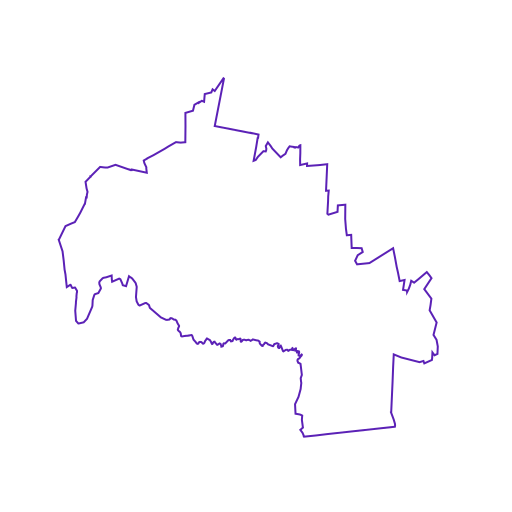 Īves pag., Talsi, Latvia (Natural Earth projection), rotated 101°
{"feature_id": "27541924B94003939070520", "entity_name": "Īves pag.", "entity_type": "district", "adm_level": 2, "iso_a3": "LVA", "parent_name": "Latvia", "parent_adm1": "Talsi", "projection": "natural_earth1", "projection_center": [22.538, 57.438], "detail": "fine", "context": "isolated", "style": "outline", "palette": "violet", "viewbox_px": 512, "rotation_deg": 101, "n_neighbors": 0, "source": "geoboundaries", "source_scale": "gbopen_adm2", "svg_char_len": 6082}
<svg xmlns="http://www.w3.org/2000/svg" viewBox="0 0 512 512"><g transform="rotate(101 256 256)"><path d="M327.3,350.1L334.4,337.7L335.8,332.2L335.7,331.2L334.9,328.9L334.4,328.5L333.7,328.4L333.3,328.0L333.2,327.0L333.4,326.1L334.0,324.7L334.1,324.2L333.9,323.2L334.1,322.7L334.6,321.8L337.1,320.1L339.2,318.2L339.9,318.1L341.1,318.5L343.3,318.7L343.6,318.5L344.2,317.8L344.9,316.6L344.9,316.4L345.7,315.6L346.3,315.1L346.9,315.0L348.0,314.5L348.6,314.4L349.0,314.0L349.1,313.5L349.0,313.0L348.2,311.0L348.1,310.4L347.9,310.2L347.6,309.1L347.6,308.8L347.3,308.0L347.3,307.7L347.0,307.2L347.0,306.8L346.8,306.7L346.3,305.3L346.2,305.0L346.0,304.5L345.9,304.3L346.0,304.1L346.0,303.9L346.6,303.3L350.0,301.4L351.5,299.4L351.7,299.1L352.9,297.8L353.4,296.9L353.1,296.6L353.1,296.0L353.0,295.9L351.5,295.4L351.3,295.2L351.0,294.6L351.1,294.4L350.9,293.3L351.2,292.7L352.0,291.7L352.2,291.2L351.7,290.5L351.0,290.1L349.0,289.7L347.9,289.1L347.0,288.8L346.3,288.4L347.0,286.4L347.3,285.3L348.7,283.9L350.1,283.0L350.7,282.4L350.8,282.3L350.7,282.1L350.3,281.8L349.2,281.6L348.4,281.1L348.2,280.9L348.0,280.3L348.7,279.7L350.6,277.2L350.5,276.8L348.8,275.1L349.0,274.1L350.6,273.1L351.6,272.7L351.0,271.5L350.5,271.2L348.6,271.3L348.2,271.2L347.9,271.0L347.8,270.7L347.8,269.7L347.7,269.5L344.1,267.2L343.6,266.5L343.4,265.3L344.6,264.4L344.6,264.2L344.3,264.0L344.1,263.0L343.9,262.8L343.5,262.8L340.9,261.9L340.0,261.1L340.0,260.8L340.2,260.6L341.6,259.8L341.9,259.3L341.2,258.5L341.0,257.2L340.2,256.0L340.1,255.7L340.3,255.4L341.1,255.1L342.8,254.7L343.0,254.5L343.0,254.2L342.5,253.7L340.9,252.9L340.4,251.7L340.4,251.2L340.6,249.8L340.6,249.4L340.2,248.9L339.6,247.2L339.8,246.8L340.0,245.7L340.3,245.1L339.2,243.8L338.5,243.2L338.7,239.5L338.6,237.8L339.3,236.2L339.5,236.0L340.1,236.0L340.9,235.7L341.3,235.4L341.5,235.1L341.9,234.7L342.1,234.3L342.7,233.6L343.1,232.8L343.0,232.3L342.9,232.3L342.4,232.3L342.1,232.2L341.1,231.3L339.9,230.9L339.3,230.5L339.2,230.2L339.4,229.6L339.4,228.9L339.9,228.0L340.4,227.4L341.3,222.3L341.3,222.1L341.1,221.9L340.4,221.6L339.3,221.4L339.0,221.2L338.8,221.0L338.4,220.0L337.8,219.2L337.6,218.5L338.0,217.0L338.1,216.9L338.8,216.9L339.6,217.1L339.9,217.3L340.3,217.4L341.6,216.8L341.9,216.1L342.0,215.9L341.9,215.6L341.0,215.3L339.5,214.8L339.3,214.6L339.9,214.1L344.0,211.5L344.3,211.2L344.4,210.9L343.1,209.5L342.4,208.7L342.1,207.6L342.1,207.2L342.9,206.4L342.9,206.0L342.0,205.3L341.6,204.8L341.4,204.4L341.3,202.8L339.8,202.9L339.5,202.6L340.0,202.2L340.8,201.8L341.3,201.6L341.3,201.4L339.3,199.6L339.1,199.4L339.1,199.1L340.1,199.0L341.4,199.2L341.4,197.2L342.3,197.2L342.6,197.5L342.9,197.4L342.9,197.1L342.4,196.8L341.4,196.3L341.4,195.7L341.6,195.5L342.5,195.2L344.9,195.4L345.5,195.2L345.6,194.6L345.3,193.2L344.0,192.5L344.1,192.2L344.3,192.1L345.3,192.4L346.7,193.3L347.3,193.4L348.7,194.4L349.3,195.2L350.0,195.4L351.1,195.3L351.6,194.8L352.2,194.6L352.8,194.1L352.9,193.0L353.1,192.7L353.1,192.4L353.4,191.7L364.0,188.3L367.4,188.8L370.4,187.9L372.0,187.3L378.1,186.8L386.2,187.4L394.0,189.4L403.3,187.1L403.2,183.4L403.3,182.0L403.8,180.2L408.1,179.7L415.5,177.2L418.2,179.3L420.8,176.5L423.5,174.7L423.7,174.8L424.2,174.4L420.7,162.8L417.2,152.0L397.1,87.1L396.0,87.1L394.4,87.5L393.0,88.2L390.3,89.6L383.6,93.7L383.4,93.5L353.7,97.9L338.2,100.3L326.3,102.0L327.9,94.0L329.0,75.2L327.1,71.6L329.3,70.3L324.5,63.5L322.6,63.6L317.0,64.4L319.4,61.8L317.5,59.2L310.1,60.3L303.8,62.8L299.6,66.7L286.8,66.0L276.2,75.2L270.8,75.3L264.4,75.7L256.4,84.5L244.3,79.5L242.0,81.9L239.2,85.3L247.7,92.1L252.0,95.7L250.7,98.9L254.7,99.1L256.7,99.4L259.1,99.8L262.6,100.8L261.1,101.2L261.2,105.2L251.2,105.6L253.2,110.2L245.1,113.5L239.9,115.8L230.4,119.5L222.2,122.9L241.3,143.3L244.9,155.2L241.8,157.8L235.8,156.3L231.7,152.0L228.2,153.8L228.9,158.5L229.9,163.6L217.1,166.6L218.3,170.8L212.1,172.9L202.7,175.5L188.6,178.1L190.7,185.3L197.1,184.4L201.6,192.8L200.9,194.0L188.5,195.7L183.7,196.5L177.9,197.1L178.6,199.7L152.3,203.6L154.7,211.3L157.9,223.1L155.4,223.5L158.3,230.0L152.5,231.2L146.7,232.1L138.8,233.6L139.0,234.0L139.7,234.6L141.4,235.2L141.5,237.7L142.2,238.3L142.1,239.3L141.7,239.5L141.9,242.6L141.9,243.9L143.9,244.9L146.3,245.8L150.1,246.6L152.3,248.8L154.4,250.6L147.4,260.5L145.2,262.6L142.2,266.0L146.2,267.4L148.7,266.3L150.2,266.2L151.5,266.4L151.7,268.7L158.2,273.0L161.8,274.6L163.0,276.5L149.4,276.6L139.9,276.9L139.7,276.5L136.3,276.7L136.1,284.2L136.3,284.1L136.3,321.3L88.1,321.3L87.8,321.9L101.9,328.0L100.7,330.4L104.0,331.1L106.8,337.2L114.5,336.4L114.0,338.8L116.5,341.3L116.0,341.5L119.3,345.3L125.4,345.6L129.0,352.6L142.0,350.0L157.8,347.1L159.1,351.7L159.5,356.3L165.1,362.8L168.1,366.0L176.6,375.9L180.9,381.4L181.1,381.4L182.8,383.4L183.7,384.4L185.5,383.6L186.4,383.1L189.8,380.6L191.0,380.4L195.1,379.1L194.8,394.0L195.1,393.9L195.4,394.2L195.2,397.6L195.3,397.5L193.3,411.3L197.5,418.6L198.0,421.5L198.3,426.0L209.1,433.3L209.3,433.3L209.4,433.8L210.1,433.7L210.5,434.1L215.7,437.5L222.0,435.2L225.2,433.6L227.9,433.7L230.8,433.4L230.8,434.0L237.2,433.9L237.2,434.0L247.2,436.8L251.4,438.2L257.3,440.3L259.3,443.4L263.0,448.7L277.2,452.5L277.6,452.8L288.3,446.8L297.2,443.9L305.9,441.3L310.5,439.5L316.8,437.6L322.6,435.8L319.7,432.8L319.7,432.5L322.0,430.7L322.4,430.3L322.4,430.0L321.5,427.8L321.5,427.6L324.3,425.1L324.5,425.0L325.9,424.8L326.5,424.9L329.7,424.6L331.0,424.3L335.5,424.0L336.4,423.8L344.2,423.0L354.0,420.3L356.1,417.6L356.1,417.2L354.0,412.5L349.9,409.9L337.1,407.1L335.9,407.1L330.3,407.9L325.2,407.3L324.4,407.0L323.9,406.3L322.6,403.9L322.5,403.7L317.6,402.1L317.2,402.1L316.3,402.5L313.9,404.1L313.4,404.4L311.8,404.8L310.7,404.6L307.1,402.3L306.5,401.5L305.5,399.0L302.7,394.0L306.3,393.1L308.7,392.3L304.3,386.0L304.7,384.7L308.4,382.1L310.1,381.2L310.4,377.8L300.1,376.8L300.8,375.4L301.2,374.1L302.0,372.9L305.2,369.3L306.0,368.7L306.9,368.3L308.4,367.5L309.1,367.2L319.2,366.0L323.3,364.5L326.2,362.2L326.6,361.5L326.8,360.7L323.4,355.9L323.1,355.0L323.1,354.7L324.5,351.8L325.1,351.4L327.0,350.4L327.3,350.1Z" fill="none" stroke="#5b21b6" stroke-width="2"/></g></svg>